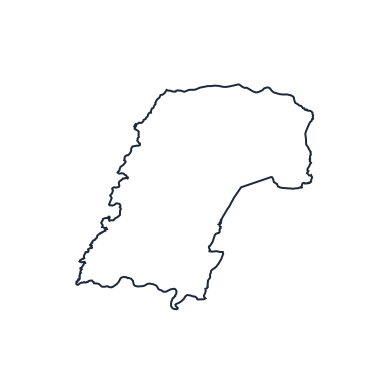 Zoundweogo, Zoundwéogo, Burkina Faso, rotated 69°
{"feature_id": "67063806B75605811528327", "entity_name": "Zoundweogo", "entity_type": "district", "adm_level": 2, "iso_a3": "BFA", "parent_name": "Burkina Faso", "parent_adm1": "Zoundwéogo", "projection": "equal_earth", "projection_center": [-0.952, 11.556], "detail": "fine", "context": "isolated", "style": "outline", "palette": "slate", "viewbox_px": 384, "rotation_deg": 69, "n_neighbors": 0, "source": "geoboundaries", "source_scale": "gbopen_adm2", "svg_char_len": 6043}
<svg xmlns="http://www.w3.org/2000/svg" viewBox="0 0 384 384"><g transform="rotate(69 192 192)"><path d="M96.7,194.4L97.8,196.3L99.4,197.7L99.9,198.7L99.7,199.5L100.2,200.1L102.1,201.5L103.2,201.8L102.8,203.0L102.9,203.8L104.2,205.5L105.6,206.4L106.2,208.2L107.3,209.3L107.3,211.3L108.3,211.9L109.2,213.5L109.3,214.9L108.3,216.5L108.7,217.7L108.7,219.2L109.1,219.9L108.4,220.3L109.1,221.4L109.4,221.4L109.8,220.3L110.4,220.5L110.8,221.3L110.1,221.7L109.9,222.1L110.1,222.5L111.9,222.3L112.5,222.9L115.5,220.5L116.6,220.1L118.3,221.0L119.0,221.0L119.6,221.5L121.5,221.8L122.0,222.9L122.8,223.8L123.5,223.9L124.4,224.7L127.3,223.9L128.0,223.4L128.2,223.7L129.0,223.5L129.6,224.0L129.6,225.7L129.0,226.7L128.2,231.3L129.8,233.3L131.7,234.0L133.5,235.8L134.7,238.3L134.8,238.9L134.3,239.5L134.5,240.9L134.9,241.8L135.5,242.5L137.0,243.0L138.0,244.0L139.6,243.0L140.3,243.4L142.0,246.2L142.9,249.7L144.6,251.3L146.0,252.1L146.4,253.5L147.2,254.5L148.8,253.4L149.3,250.8L150.3,249.3L151.8,248.6L153.0,247.5L154.6,247.2L155.4,246.6L156.1,246.9L156.2,247.2L155.8,247.3L155.3,249.1L155.0,249.3L155.2,250.8L154.6,251.7L155.3,252.8L156.2,256.1L157.5,257.2L160.3,257.6L161.0,258.4L160.7,261.3L159.6,263.1L159.8,264.4L160.3,265.4L162.4,265.3L164.7,267.3L165.9,269.6L168.8,269.1L173.9,273.9L175.0,273.6L175.3,272.5L176.1,271.4L176.2,269.2L175.4,266.8L177.1,263.9L179.2,263.7L180.2,264.8L180.7,264.4L181.4,264.7L182.5,264.5L183.5,265.8L187.8,267.6L188.8,270.8L189.1,273.5L190.3,275.5L189.3,278.0L189.3,279.4L187.4,279.5L186.9,278.4L186.3,278.0L185.5,277.9L185.2,278.4L185.4,279.1L185.8,279.0L186.0,279.8L185.2,282.6L185.3,284.9L186.4,285.5L188.2,287.8L191.0,287.3L192.6,288.5L193.0,287.5L193.7,287.1L194.5,285.9L194.7,284.8L196.1,284.7L195.7,286.1L196.2,287.0L197.1,286.8L197.2,289.3L197.7,290.2L197.3,290.9L197.7,291.5L197.5,292.2L197.9,292.6L197.8,293.3L198.8,296.1L200.3,297.0L200.9,297.7L201.0,298.8L201.7,299.2L202.0,300.8L201.8,301.5L202.4,302.2L202.5,302.9L203.8,303.4L203.9,304.5L204.7,305.3L204.9,306.1L205.5,306.2L206.2,304.9L206.8,305.6L208.0,305.2L208.3,305.4L208.3,306.3L207.9,307.6L208.2,309.5L208.6,309.8L209.9,309.6L210.7,310.4L210.7,311.3L210.0,312.4L210.1,312.8L210.3,312.7L212.1,315.1L213.1,315.9L215.3,316.3L215.1,318.0L215.5,318.2L215.4,319.6L215.7,321.0L216.6,321.4L216.7,321.8L217.2,321.5L218.1,320.3L218.7,317.3L220.0,317.1L220.1,318.3L222.7,321.6L223.0,323.4L223.5,323.7L224.6,322.6L225.6,324.1L226.7,324.9L227.4,324.7L227.3,325.3L229.1,326.3L229.8,327.2L230.7,327.0L231.3,327.6L232.2,327.6L233.0,328.1L233.1,328.5L232.7,328.9L232.7,329.5L233.4,330.0L233.8,329.8L234.2,331.5L234.8,331.3L235.0,331.9L234.7,332.1L235.7,332.8L236.6,332.9L237.5,332.3L237.8,331.4L237.2,329.7L237.0,327.6L237.4,326.6L237.4,325.1L237.9,325.0L238.6,322.8L238.6,322.0L238.3,321.9L238.5,320.9L238.0,320.1L238.7,317.2L240.4,316.6L240.7,316.1L242.0,316.3L243.9,312.5L245.0,311.6L247.8,310.3L248.3,309.6L249.1,307.7L249.7,304.6L250.8,303.7L251.9,302.0L252.2,300.8L252.0,299.0L250.9,295.0L249.7,292.7L247.1,289.8L246.6,288.6L246.8,286.2L248.1,283.7L249.3,283.0L249.7,281.7L251.2,279.9L253.8,279.0L257.1,279.5L258.3,279.3L258.9,279.1L260.8,276.5L262.3,271.4L262.4,269.7L261.9,266.8L262.1,264.9L264.0,261.5L266.2,259.2L267.4,258.6L270.8,258.1L273.4,255.3L274.4,254.8L275.1,253.9L275.8,251.6L275.2,246.9L275.9,243.4L276.8,242.4L278.9,242.0L281.3,243.1L282.6,244.9L283.2,245.0L283.5,246.0L284.3,247.2L284.2,247.8L284.5,248.4L286.3,249.7L286.7,250.5L289.5,251.9L291.4,252.4L293.5,251.9L295.2,250.1L295.9,248.2L295.8,247.3L295.1,246.9L292.8,248.0L291.3,247.9L290.9,246.9L290.7,243.3L290.2,241.1L288.9,238.0L286.9,235.3L286.5,233.3L287.8,230.9L290.2,227.9L290.7,226.7L292.5,225.5L293.4,225.7L294.4,225.1L296.4,219.3L296.1,217.5L294.2,218.3L293.0,217.9L289.7,214.8L287.2,214.2L287.2,212.6L286.4,211.3L285.3,211.4L284.6,210.6L282.7,210.1L281.8,209.3L281.0,209.2L280.3,208.7L278.4,205.7L275.8,204.9L273.9,203.2L272.7,202.7L271.8,201.1L270.9,197.3L270.0,195.4L268.3,192.8L265.3,188.9L260.7,184.9L259.0,184.8L257.9,187.5L255.9,190.6L255.1,194.1L253.6,197.0L253.2,196.9L252.6,195.9L250.2,196.2L249.2,195.9L248.8,195.5L248.6,194.3L246.0,190.7L240.6,186.3L239.6,184.8L239.6,182.3L239.9,181.8L239.1,180.4L236.9,179.8L236.2,178.4L235.7,178.6L235.0,177.7L234.0,178.4L233.5,178.4L232.6,177.8L231.8,178.5L231.7,177.1L231.1,177.5L230.7,177.3L230.6,176.4L231.0,176.3L230.9,175.9L230.2,175.4L229.6,175.8L228.9,174.8L228.4,175.1L228.2,174.9L228.2,174.3L226.6,172.6L220.6,165.0L219.1,162.7L212.5,155.0L205.2,144.5L206.4,112.8L206.9,112.0L208.6,111.6L212.1,112.0L214.9,109.9L217.7,109.7L219.4,108.0L220.6,106.1L225.3,96.1L225.8,93.6L226.4,92.1L226.5,88.9L227.1,88.5L227.1,88.0L226.2,88.3L226.0,87.5L223.6,85.9L223.5,84.4L224.1,83.5L224.5,83.5L224.8,83.0L225.7,79.2L225.5,78.5L225.2,78.8L225.3,77.7L225.0,77.1L223.2,76.3L221.4,74.6L220.2,74.6L219.5,75.2L219.0,75.0L219.1,75.5L218.6,76.6L215.7,77.8L215.6,77.4L215.1,77.3L215.0,76.8L214.3,76.4L214.1,75.9L213.2,76.5L211.7,75.8L209.7,73.0L208.2,71.8L207.6,70.4L205.6,71.0L204.6,70.3L204.0,70.6L203.4,69.8L202.6,69.9L201.7,69.2L200.7,68.9L199.7,67.6L197.9,67.4L197.3,66.8L193.1,67.6L192.1,67.5L188.5,68.4L183.1,66.5L178.3,65.4L175.9,63.6L169.7,57.5L168.8,56.2L168.7,55.2L166.9,53.6L167.1,52.8L166.8,52.5L164.8,52.3L164.0,51.4L162.5,51.6L161.4,51.1L159.6,51.7L158.6,52.6L157.3,55.1L156.7,55.0L156.1,55.4L156.3,56.2L155.5,57.2L154.5,57.0L154.1,57.2L153.6,58.4L151.0,59.1L149.7,60.8L147.7,62.0L145.9,63.6L143.4,63.7L140.1,63.1L139.2,63.4L137.5,64.7L135.0,68.2L133.7,71.9L132.1,75.0L128.5,79.8L126.9,80.9L122.6,82.4L121.6,83.7L121.3,84.7L121.1,87.4L122.2,89.8L122.5,93.0L122.4,95.3L122.0,96.4L120.3,98.7L114.4,103.4L113.6,105.5L112.4,106.9L108.8,109.3L108.2,110.1L106.8,119.6L106.0,122.9L104.9,125.4L102.5,129.1L100.8,132.7L100.0,136.2L98.8,139.1L97.4,147.3L97.6,150.8L97.4,153.3L95.6,157.9L95.7,163.3L93.2,166.3L92.6,168.1L92.0,168.8L91.8,170.5L92.4,171.3L91.8,172.9L91.0,174.4L89.3,176.5L88.9,177.9L87.6,179.1L89.8,182.0L90.6,184.5L90.2,186.6L92.3,188.8L93.1,191.5L95.7,194.4L96.7,194.4Z" fill="none" stroke="#1e293b" stroke-width="2"/></g></svg>